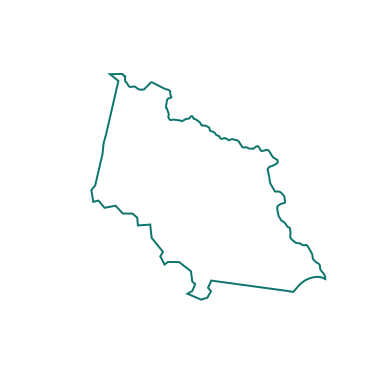 Wayne, West Virginia, United States of America, rotated 149°
{"feature_id": "52423323B4598026966549", "entity_name": "Wayne", "entity_type": "district", "adm_level": 2, "iso_a3": "USA", "parent_name": "United States of America", "parent_adm1": "West Virginia", "projection": "natural_earth1", "projection_center": [-82.507, 38.132], "detail": "fine", "context": "isolated", "style": "outline", "palette": "teal", "viewbox_px": 384, "rotation_deg": 149, "n_neighbors": 0, "source": "geoboundaries", "source_scale": "gbopen_adm2", "svg_char_len": 2693}
<svg xmlns="http://www.w3.org/2000/svg" viewBox="0 0 384 384"><g transform="rotate(149 192 192)"><path d="M190.9,329.1L201.6,335.2L197.9,325.1L236.5,285.1L242.6,279.4L249.1,270.7L271.7,247.4L277.2,245.6L281.7,234.4L276.6,232.8L275.1,223.5L264.6,219.6L262.4,209.2L254.1,204.1L252.2,198.2L255.6,191.2L244.6,185.6L250.2,173.5L247.7,155.6L252.3,153.2L252.9,144.0L248.5,144.4L239.1,138.5L233.7,124.6L237.9,115.1L236.7,111.4L242.7,107.0L248.3,107.1L239.6,95.0L233.2,93.5L226.8,97.2L227.6,101.6L222.0,105.5L221.2,106.2L177.7,71.3L163.5,59.9L156.6,54.2L148.0,57.0L147.9,57.0L143.7,57.8L139.9,58.0L138.5,57.8L135.6,57.4L132.2,56.5L129.1,55.2L128.0,54.6L124.7,51.9L122.6,48.8L121.5,50.8L121.2,53.2L121.2,54.7L122.0,58.9L120.9,62.0L120.3,63.0L120.1,64.3L120.3,65.1L121.9,68.1L122.1,68.9L122.8,71.9L122.4,73.5L121.4,75.7L121.0,76.9L120.8,80.4L120.8,86.8L121.4,87.8L123.0,88.4L124.1,89.1L124.8,89.9L125.8,92.2L129.2,95.0L129.6,96.1L130.9,99.7L131.2,101.2L131.1,102.3L130.8,103.1L128.6,106.3L127.4,108.8L126.7,110.6L126.8,111.2L128.1,113.1L128.2,116.4L128.4,118.0L129.3,120.1L130.1,121.5L130.1,126.8L128.6,131.3L127.2,134.4L126.4,135.5L125.5,135.9L122.0,136.0L118.3,135.0L118.2,135.0L117.9,135.0L117.2,135.7L115.2,140.6L115.1,141.3L115.9,145.2L116.5,146.7L117.7,148.0L119.9,149.1L120.6,149.8L120.5,157.9L120.3,159.8L118.3,164.5L115.5,172.5L114.7,173.1L112.3,173.7L109.9,173.0L104.5,172.7L103.0,173.5L102.3,175.5L104.6,179.8L104.8,182.1L104.8,186.3L105.2,188.5L105.5,189.1L106.4,189.7L109.6,190.6L111.2,191.3L111.6,192.0L111.6,196.4L111.9,197.2L112.3,197.6L113.6,197.9L117.4,197.5L119.0,198.8L120.0,199.3L120.8,200.0L122.5,202.5L123.3,202.9L124.8,203.5L125.7,204.4L125.9,208.8L125.8,210.7L126.3,212.5L130.3,216.7L133.6,217.4L136.0,221.3L139.3,222.3L140.0,223.4L140.1,226.1L140.9,227.1L141.9,228.4L141.9,230.5L142.2,231.5L143.3,233.3L144.9,234.9L144.8,236.2L144.2,237.6L144.3,238.8L145.8,241.3L147.6,243.0L148.9,243.6L149.4,244.2L149.4,247.6L150.7,250.9L151.9,253.1L152.7,253.7L152.8,254.7L152.6,256.1L152.8,256.7L153.3,257.3L154.4,257.4L155.8,256.7L156.8,256.5L159.7,257.7L163.7,257.8L164.5,258.1L165.2,259.4L170.9,263.8L172.8,264.4L173.4,264.8L173.8,265.5L173.9,267.0L173.6,268.7L171.8,270.6L170.5,276.7L170.9,277.1L170.9,277.5L169.5,279.6L167.2,282.4L165.6,284.0L164.5,284.3L161.5,283.7L161.0,283.8L160.7,284.2L160.7,285.5L159.5,288.7L158.9,289.5L158.9,290.3L160.4,292.7L161.4,293.4L164.3,297.8L164.6,298.3L169.8,306.6L170.6,307.1L171.1,307.0L180.5,304.6L184.0,306.6L185.2,308.2L186.6,311.7L187.8,312.5L190.8,313.8L191.5,314.7L191.7,315.6L191.7,319.0L191.9,320.4L192.3,321.2L190.6,324.6L189.8,325.0L189.7,325.7L190.0,326.4L190.6,326.8L190.9,329.1Z" fill="none" stroke="#0f766e" stroke-width="2"/></g></svg>